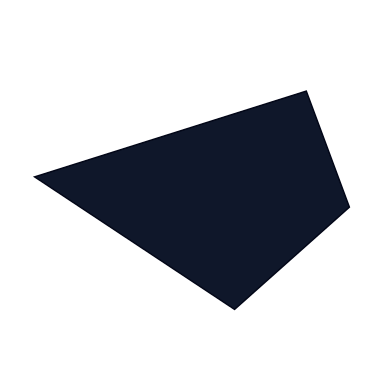 map outline of Sonsorol (Mercator projection), rotated 96°
{"feature_id": "PLW-5259", "entity_name": "Sonsorol", "entity_type": "state/province", "adm_level": 1, "iso_a3": "PLW", "parent_name": "Palau", "parent_adm1": "", "projection": "mercator", "projection_center": [132.22, 5.301], "detail": "fine", "context": "isolated", "style": "filled", "palette": "ink", "viewbox_px": 384, "rotation_deg": 96, "n_neighbors": 0, "source": "natural_earth", "source_scale": "10m", "svg_char_len": 227}
<svg xmlns="http://www.w3.org/2000/svg" viewBox="0 0 384 384"><g transform="rotate(96 192 192)"><path d="M193.4,350.1L79.7,88.9L190.6,33.9L304.3,137.4L193.4,350.1Z" fill="#0f172a" stroke="#020617" stroke-width="1.5"/></g></svg>